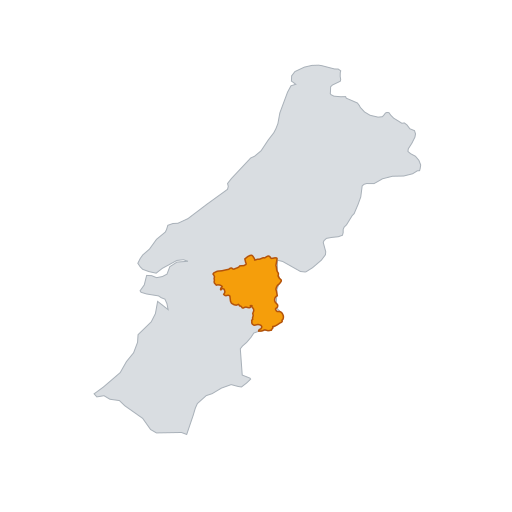 Portalegre on a map of Portugal (orthographic projection), rotated 30°
{"feature_id": "PRT-747", "entity_name": "Portalegre", "entity_type": "District", "adm_level": 1, "iso_a3": "PRT", "parent_name": "Portugal", "parent_adm1": "", "projection": "orthographic", "projection_center": [-7.639, 39.223], "detail": "fine", "context": "in_parent", "style": "filled", "palette": "amber", "viewbox_px": 512, "rotation_deg": 30, "n_neighbors": 0, "source": "natural_earth", "source_scale": "10m", "svg_char_len": 5181}
<svg xmlns="http://www.w3.org/2000/svg" viewBox="0 0 512 512"><g transform="rotate(30 256 256)"><path d="M203.5,68.2L209.1,63.0L214.7,59.5L217.7,58.3L230.4,54.8L233.7,53.0L236.8,53.3L237.3,55.1L239.1,58.4L241.1,60.8L241.6,62.5L236.7,69.7L236.0,72.1L238.5,76.8L239.0,78.1L240.2,78.8L243.6,78.6L249.8,75.7L253.9,73.2L255.3,74.2L267.3,72.8L270.2,74.0L272.1,75.2L278.0,77.0L284.4,77.1L292.3,74.7L295.8,72.2L296.4,69.5L296.6,67.5L297.6,66.2L299.4,65.4L302.3,66.7L306.3,67.8L316.0,68.1L317.9,66.6L321.2,67.0L325.6,68.9L330.6,68.2L333.1,70.5L334.2,73.6L334.6,80.2L334.3,87.0L335.3,89.5L338.7,90.1L344.2,89.9L349.2,91.7L353.1,94.8L354.4,98.1L355.0,100.3L353.1,101.6L350.5,106.5L343.9,112.9L334.3,118.7L327.0,125.8L322.0,134.3L315.6,137.9L313.7,139.9L312.9,142.2L317.2,152.5L318.6,160.4L319.8,170.2L319.1,173.0L318.8,183.7L317.9,186.9L318.2,189.4L319.8,192.2L320.5,194.8L317.6,198.2L312.2,202.1L308.2,205.5L307.2,208.7L307.5,210.7L314.3,217.5L315.5,220.2L314.7,226.9L310.8,237.9L307.2,244.7L306.5,245.3L302.2,247.2L281.8,247.4L276.8,248.9L277.5,250.2L282.3,258.8L287.4,263.4L289.0,264.4L290.9,274.5L299.1,290.5L307.1,292.7L309.9,296.7L309.4,302.3L307.0,308.5L302.2,314.9L296.4,319.4L292.6,323.8L292.3,329.0L291.1,335.5L289.3,340.7L288.8,344.2L303.6,366.0L311.8,364.8L312.9,365.3L311.4,370.6L308.9,376.7L305.8,377.9L298.8,379.8L292.1,387.7L286.8,397.2L282.7,401.8L279.0,413.1L279.5,418.0L281.3,425.6L285.2,445.2L279.7,446.1L258.2,459.0L251.5,459.0L239.1,453.3L217.2,451.3L210.0,449.5L201.1,453.1L194.2,453.0L188.6,457.6L184.7,456.3L189.4,445.7L196.7,424.9L196.6,412.1L198.4,401.0L196.6,390.0L193.2,383.1L198.2,365.4L197.7,356.2L193.5,344.5L206.7,346.4L202.7,341.8L198.7,338.9L194.8,339.5L191.5,339.3L180.2,343.6L174.6,344.9L173.0,344.1L173.7,336.9L171.0,327.5L175.5,325.2L180.7,324.5L185.2,320.6L188.0,316.2L186.7,308.3L190.6,300.8L199.7,294.6L195.0,295.5L189.7,299.4L181.0,313.6L178.1,320.8L170.9,323.1L164.5,324.2L161.2,323.3L157.3,321.4L157.0,316.0L157.4,311.7L160.3,303.3L161.5,291.3L165.5,280.6L165.3,277.8L164.3,273.5L167.8,269.4L172.0,266.7L178.4,257.6L187.6,235.7L198.0,212.5L197.2,209.6L195.1,207.4L196.0,201.1L202.4,173.8L204.9,170.3L207.8,162.3L208.6,149.3L209.8,140.4L209.6,135.9L208.8,130.5L205.1,120.1L201.4,98.3L201.2,91.1L204.6,87.4L199.2,86.8L196.8,82.1L197.5,76.8L203.5,68.2Z" fill="#d9dde1" stroke="#a8b0b8" stroke-width="1"/><path d="M303.4,314.8L300.6,315.5L300.0,316.0L299.7,316.7L298.8,317.7L297.8,318.6L296.9,319.0L296.0,319.7L295.5,319.2L295.6,318.4L295.7,318.0L296.6,316.6L296.7,316.1L296.6,315.0L296.4,314.4L295.7,313.9L294.9,313.6L293.8,313.7L292.0,314.3L290.7,315.4L289.4,316.7L288.5,317.0L288.2,316.9L287.1,316.9L286.2,316.4L285.7,315.9L284.9,314.4L284.4,313.8L284.8,312.5L283.9,311.3L283.7,310.2L283.2,308.7L281.9,307.4L281.8,306.6L281.7,306.1L281.5,304.7L281.1,304.0L280.2,303.0L277.7,302.0L277.4,301.2L277.2,301.3L276.8,301.2L276.0,301.8L276.5,302.5L276.7,302.9L276.7,303.4L276.4,303.9L275.8,304.3L274.9,304.7L273.6,305.0L272.8,305.3L271.9,306.0L271.5,306.7L271.1,307.2L270.9,307.5L270.6,307.6L270.1,307.8L268.7,307.2L268.1,307.1L267.5,307.1L266.9,307.4L266.4,307.3L265.5,306.7L264.9,306.7L264.0,307.9L263.4,308.5L261.4,309.2L260.1,309.2L259.5,309.2L258.9,309.2L258.2,309.1L256.5,307.9L253.7,304.1L253.0,303.6L251.7,303.8L250.7,304.5L250.3,305.0L249.9,305.3L249.4,305.6L248.9,305.7L247.4,305.5L247.2,305.4L247.2,304.5L247.2,303.3L247.0,302.6L245.6,301.2L245.3,300.9L244.7,300.7L243.8,300.9L243.1,301.1L243.0,301.3L242.9,301.4L242.8,301.8L242.8,302.3L242.6,302.8L242.3,302.9L241.9,302.5L241.6,301.4L241.8,300.4L242.0,299.9L242.0,299.4L241.1,299.1L239.4,299.2L238.9,299.3L238.4,299.6L237.4,300.0L236.2,301.1L233.5,300.2L232.7,299.4L232.5,298.9L232.3,298.3L231.9,297.4L231.2,296.8L230.9,296.2L230.7,295.6L230.5,294.8L229.9,294.3L229.3,293.8L227.8,293.1L227.9,291.8L229.7,289.0L230.5,288.2L233.9,285.8L237.6,282.4L239.0,281.2L239.7,279.6L240.5,278.8L241.1,278.6L242.3,278.8L243.2,278.6L243.6,278.2L243.9,277.9L244.1,277.5L245.6,275.7L246.5,274.4L246.7,273.8L246.9,272.7L247.4,272.3L250.3,270.4L251.5,268.4L251.5,267.9L251.2,267.4L250.2,266.7L247.8,264.1L249.1,260.7L250.4,258.7L251.5,257.7L252.3,257.5L253.5,257.8L256.0,259.1L256.8,259.9L256.9,260.1L257.2,259.9L257.5,259.7L258.7,258.3L259.1,257.9L260.4,257.2L261.3,256.2L262.2,255.0L263.1,253.9L264.3,253.4L264.7,252.9L265.3,251.7L266.1,250.4L267.1,249.6L268.5,249.7L269.5,250.3L270.5,250.4L271.9,249.4L272.7,248.6L273.7,247.9L274.9,247.4L275.5,247.7L276.0,248.8L278.0,254.3L279.1,255.3L280.9,257.7L282.0,258.7L284.0,259.8L284.5,260.5L285.1,262.2L286.1,262.9L287.4,263.6L289.9,264.2L290.4,265.0L290.4,266.7L290.1,268.5L289.6,269.7L289.3,270.8L289.3,272.5L289.6,274.2L290.1,275.2L291.2,276.1L294.3,279.8L293.5,281.2L293.4,282.9L293.9,284.5L294.7,285.7L296.2,286.6L297.9,287.0L299.4,287.7L300.1,289.2L300.0,290.0L299.4,291.5L299.4,292.2L300.1,292.8L301.0,293.3L301.9,293.5L302.7,293.2L304.1,292.3L305.7,292.1L307.3,292.5L308.8,293.5L309.8,294.4L310.6,295.8L311.0,297.4L310.6,298.7L311.3,299.3L311.4,300.0L311.1,300.8L310.5,301.6L308.5,305.6L307.1,307.6L305.8,308.7L306.6,310.2L306.3,311.5L306.4,312.6L305.9,312.9L305.2,313.6L304.4,314.3L303.4,314.8Z" fill="#f59e0b" stroke="#b45309" stroke-width="1.5"/></g></svg>